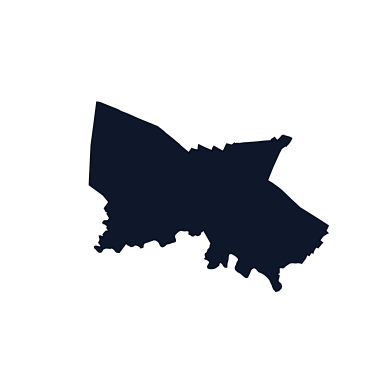 Serrekunda East, Banjul, Gambia, rotated 134°
{"feature_id": "56634734B18055278254530", "entity_name": "Serrekunda East", "entity_type": "district", "adm_level": 2, "iso_a3": "GMB", "parent_name": "Gambia", "parent_adm1": "Banjul", "projection": "natural_earth1", "projection_center": [-16.66, 13.41], "detail": "fine", "context": "isolated", "style": "filled", "palette": "ink", "viewbox_px": 384, "rotation_deg": 134, "n_neighbors": 0, "source": "geoboundaries", "source_scale": "gbopen_adm2", "svg_char_len": 5889}
<svg xmlns="http://www.w3.org/2000/svg" viewBox="0 0 384 384"><g transform="rotate(134 192 192)"><path d="M121.7,70.7L123.0,77.2L123.0,77.5L128.5,103.6L128.5,104.4L128.7,113.8L128.7,128.1L129.1,132.9L130.2,140.5L131.4,145.8L131.5,145.8L118.6,151.1L102.7,156.8L102.2,156.9L99.5,157.7L99.1,157.9L98.4,157.9L97.2,157.7L95.6,157.4L93.7,157.0L93.6,156.3L91.9,156.4L90.9,156.3L90.2,156.3L88.0,156.6L85.9,157.1L84.4,157.6L84.2,157.7L84.9,159.9L85.0,160.0L87.5,164.5L87.5,165.2L88.9,166.2L91.0,166.0L92.0,166.0L93.6,166.0L95.2,166.3L96.2,166.4L96.1,166.9L96.0,167.4L95.5,170.4L96.4,170.6L97.5,170.8L98.1,170.9L98.9,171.2L99.0,171.2L99.4,170.1L99.5,169.9L105.2,175.1L109.0,178.3L109.6,178.7L112.9,181.6L115.0,183.5L116.6,184.9L118.0,186.1L119.2,187.3L120.9,188.8L123.1,190.5L124.1,191.2L124.2,191.3L125.2,192.5L126.0,193.4L126.6,193.8L127.4,194.2L127.4,195.3L127.5,195.4L128.6,195.4L130.4,195.6L131.3,196.7L133.3,200.2L133.4,200.3L141.2,197.6L142.6,202.1L142.8,202.8L143.4,205.6L144.0,207.8L145.6,207.5L147.0,206.8L148.4,206.0L149.8,209.3L151.2,213.0L152.9,218.1L153.4,219.8L154.9,218.8L156.2,217.7L157.8,216.5L158.7,218.0L159.8,219.7L160.5,221.2L160.9,222.3L162.7,221.9L164.5,221.6L166.2,221.4L166.5,225.8L166.9,232.3L166.8,234.8L167.2,239.0L167.2,240.8L167.4,242.7L167.8,247.1L168.0,249.3L168.3,252.3L168.3,254.9L168.5,256.5L169.0,261.5L169.3,262.9L169.6,263.6L170.0,264.3L171.7,268.9L172.9,271.7L174.5,275.7L175.6,278.5L176.7,281.2L179.8,289.7L180.3,291.1L180.9,292.8L181.9,295.1L182.2,295.8L183.4,298.5L184.4,302.1L191.6,320.0L193.4,322.8L212.5,308.6L222.4,301.3L228.5,296.8L258.1,270.8L255.8,253.9L256.8,244.7L264.5,243.6L265.6,240.2L264.3,238.2L266.6,237.8L267.0,235.9L267.6,233.9L268.2,232.7L269.7,232.7L270.7,232.0L273.8,235.0L275.6,234.9L276.1,234.6L276.0,233.7L275.4,232.7L275.1,230.7L275.1,228.6L276.8,228.3L277.0,227.1L277.5,225.5L278.4,225.0L278.7,224.9L279.9,226.5L282.1,226.5L283.3,226.4L284.2,226.3L284.7,225.2L285.5,225.0L286.4,225.0L287.0,225.6L287.2,227.1L288.0,227.9L288.9,226.7L289.5,225.5L290.7,224.5L291.8,224.1L293.2,223.7L293.4,221.0L293.9,219.9L294.8,219.6L295.8,219.9L296.7,221.8L298.0,223.6L299.0,224.0L299.7,223.2L299.5,221.6L299.8,220.3L299.7,217.3L299.3,216.6L298.4,215.9L297.4,215.9L296.5,216.1L295.3,216.6L292.6,215.5L291.6,214.8L291.2,214.3L290.5,213.5L289.4,211.9L288.0,211.2L287.6,210.5L287.4,209.9L287.1,207.7L287.5,206.2L287.5,205.8L287.4,204.4L286.2,202.8L286.0,202.5L274.3,204.1L274.5,203.6L274.5,201.7L273.8,199.5L273.5,198.1L272.7,197.4L272.1,197.0L271.5,196.8L270.6,196.8L269.8,196.5L268.8,195.7L268.3,194.7L267.7,193.2L267.7,192.5L267.4,191.7L267.5,190.8L267.6,190.1L265.9,189.1L265.1,189.7L264.4,190.3L263.2,190.9L262.7,190.8L262.0,191.0L261.1,190.7L258.7,189.4L257.9,188.9L256.2,188.2L254.6,187.3L253.3,186.8L252.3,185.9L251.5,184.7L251.0,182.2L250.9,181.5L251.1,180.5L251.6,178.9L252.1,177.8L252.1,177.3L252.3,176.4L251.9,175.4L250.9,174.8L249.4,174.5L248.0,174.4L247.0,174.3L245.0,173.0L244.2,172.4L243.1,172.0L242.0,171.4L241.4,171.2L240.8,170.6L239.8,170.0L239.1,169.9L238.1,170.7L237.4,172.2L236.9,173.1L236.6,173.7L235.6,174.3L235.0,174.8L233.5,174.9L231.0,174.8L229.4,174.6L228.3,174.2L227.6,173.8L226.5,172.9L226.1,172.3L225.4,170.9L225.0,170.5L224.1,169.7L223.2,169.0L222.8,168.4L222.4,167.9L222.3,167.3L222.2,166.8L222.5,166.0L223.1,165.5L223.7,165.4L223.8,164.8L224.2,164.5L223.3,163.1L223.5,162.3L223.5,161.9L223.3,161.6L222.9,160.9L222.3,160.6L221.6,160.5L221.0,160.5L220.5,160.2L219.8,159.3L219.7,158.5L219.2,157.6L217.7,157.0L216.9,156.9L216.3,157.0L215.4,157.8L214.6,157.9L213.9,157.7L213.2,157.5L212.6,157.5L211.1,157.5L215.6,142.5L217.6,141.7L218.8,140.7L220.3,140.1L221.1,140.2L222.2,140.3L222.7,139.9L223.9,139.4L225.2,138.9L227.1,139.3L227.8,138.8L228.5,138.0L228.8,137.1L229.2,136.4L231.0,136.3L231.0,136.2L230.6,135.5L230.1,134.5L229.9,133.9L229.8,133.1L229.7,132.5L229.7,131.8L229.7,131.3L229.8,130.7L230.1,130.3L231.2,129.8L233.1,129.4L234.1,129.2L235.2,128.3L235.3,127.9L235.2,127.6L235.2,126.9L234.7,126.5L234.1,125.5L233.2,124.6L232.3,123.9L231.3,123.2L230.7,122.9L229.6,122.6L226.5,122.0L226.3,122.0L224.6,123.1L223.8,123.1L222.7,122.7L222.4,121.8L222.3,119.9L223.0,117.8L223.0,116.4L222.6,115.6L221.9,115.1L220.7,116.0L219.8,117.0L218.9,117.5L217.5,118.3L216.6,118.8L215.3,119.7L214.3,120.5L213.5,121.2L212.5,122.0L211.0,122.4L210.2,122.2L209.1,121.5L208.6,120.8L208.2,119.7L207.8,118.3L207.5,116.6L207.3,115.7L207.3,113.9L207.5,112.1L207.7,111.7L209.1,110.6L209.9,110.7L211.4,110.3L213.6,109.2L214.7,108.9L215.9,108.4L216.5,107.9L216.9,107.5L217.4,106.4L217.4,104.7L217.3,103.3L216.8,102.1L216.5,100.8L216.4,100.2L216.4,99.3L216.3,97.1L216.1,95.1L215.9,94.1L215.4,93.3L214.4,93.1L211.9,94.1L210.9,94.3L210.4,94.5L208.4,95.3L207.0,95.8L205.8,95.8L204.6,95.6L203.8,95.2L203.2,94.9L202.6,93.8L202.4,92.2L202.6,91.0L202.6,89.8L202.7,89.1L202.7,88.5L201.8,86.2L201.5,85.6L201.2,84.4L200.7,81.7L200.7,80.8L200.6,78.6L200.7,77.0L200.9,75.7L201.1,74.5L201.8,73.2L202.6,70.8L203.3,69.2L204.2,67.5L204.8,66.0L205.0,65.3L204.9,64.2L205.2,62.9L204.9,62.7L204.3,62.2L202.7,61.3L201.3,61.3L199.4,61.2L197.7,62.2L196.7,64.1L196.8,66.2L196.8,66.4L196.7,67.5L196.2,68.6L195.3,69.3L193.2,70.4L192.2,71.0L191.7,71.5L191.9,72.2L192.1,72.8L191.8,73.4L191.3,73.9L190.7,74.0L190.0,73.4L189.2,73.6L188.8,74.2L187.5,75.4L187.0,76.1L186.4,76.6L185.8,76.5L184.9,76.1L184.3,75.7L183.4,74.1L182.6,73.7L181.5,73.7L180.3,73.6L179.0,73.4L176.3,72.8L175.7,72.6L174.6,72.2L173.1,71.0L170.7,68.1L168.9,66.8L167.1,64.0L167.0,63.7L166.0,63.8L165.1,63.9L163.8,64.1L161.6,64.4L159.7,64.9L157.2,66.1L156.1,63.7L154.2,64.2L152.9,64.7L152.2,63.5L151.7,62.7L151.1,63.2L149.8,63.8L145.2,64.9L144.4,62.7L141.5,62.9L139.6,63.1L137.9,63.1L138.1,63.9L138.1,64.7L138.2,66.7L135.8,67.0L133.0,67.4L129.0,66.6L127.2,65.9L127.2,66.7L127.2,68.1L127.2,68.9L126.8,69.0L125.9,69.2L123.8,69.9L122.9,70.2L121.7,70.7Z" fill="#0f172a" stroke="#020617" stroke-width="1.5"/></g></svg>